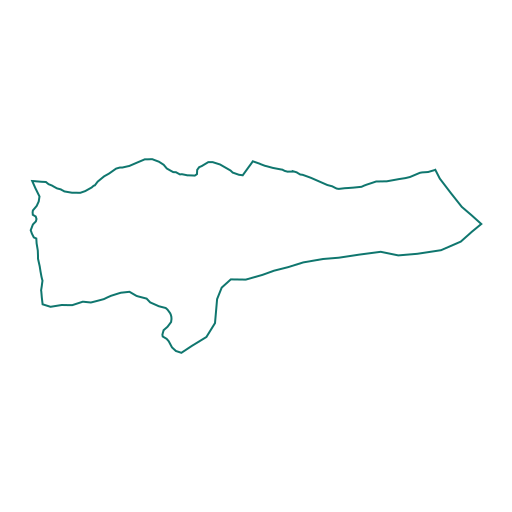 Mont Illi, Mayo-Kebbi Est, Chad (orthographic projection)
{"feature_id": "50815135B57632005694692", "entity_name": "Mont Illi", "entity_type": "district", "adm_level": 2, "iso_a3": "TCD", "parent_name": "Chad", "parent_adm1": "Mayo-Kebbi Est", "projection": "orthographic", "projection_center": [15.079, 9.78], "detail": "fine", "context": "isolated", "style": "outline", "palette": "teal", "viewbox_px": 512, "rotation_deg": 0, "n_neighbors": 0, "source": "geoboundaries", "source_scale": "gbopen_adm2", "svg_char_len": 3194}
<svg xmlns="http://www.w3.org/2000/svg" viewBox="0 0 512 512"><path d="M435.3,169.8L434.9,170.0L428.5,171.9L428.2,172.0L426.9,172.1L422.2,172.4L419.9,172.8L410.0,177.0L405.4,178.1L398.9,179.1L396.2,179.6L386.8,181.3L376.1,181.5L372.0,182.9L366.8,184.6L364.1,185.6L363.5,185.9L361.5,186.8L353.6,187.6L348.4,188.0L344.8,188.2L340.6,188.7L338.7,188.9L336.9,188.6L336.5,188.5L335.5,188.0L334.7,187.6L332.2,186.3L327.3,185.0L311.1,177.9L308.7,177.0L302.6,174.8L300.2,174.5L297.2,172.7L296.8,172.4L296.6,172.3L292.8,171.2L292.8,171.6L288.6,171.6L287.7,171.7L284.7,170.9L282.6,169.8L282.5,169.7L280.7,169.4L272.8,167.9L266.6,166.2L264.9,165.8L260.7,164.2L259.4,163.6L252.8,161.3L252.0,162.5L250.0,165.3L249.9,165.4L242.7,175.3L240.9,175.0L239.0,174.8L232.8,172.6L232.7,172.6L232.3,172.2L230.5,170.5L229.8,170.1L220.6,164.8L220.1,164.5L219.8,164.4L215.7,163.1L213.8,162.5L212.6,162.1L210.7,162.1L208.3,162.1L208.0,162.3L202.5,165.6L202.3,165.8L202.0,165.9L201.0,166.4L199.1,167.2L198.7,167.9L198.2,168.4L198.1,168.6L197.2,169.9L197.0,173.3L197.0,174.0L196.9,174.2L194.8,175.6L190.8,175.4L190.0,175.4L188.5,175.3L187.1,175.3L186.9,175.2L181.9,174.2L179.9,174.4L177.0,172.8L175.9,172.2L174.9,172.2L173.2,172.1L170.3,170.5L166.8,168.5L165.2,166.6L163.7,164.8L161.1,163.1L158.9,161.7L154.9,160.2L153.8,159.8L153.6,159.7L152.3,159.2L151.7,159.2L151.0,159.2L148.5,159.3L144.8,159.3L143.7,159.8L137.3,162.5L129.2,166.0L127.7,166.3L122.5,167.5L121.0,167.5L120.0,167.5L116.1,168.6L109.0,173.6L104.0,176.4L103.5,176.9L103.4,176.9L103.3,177.0L97.7,181.6L94.8,185.4L94.0,185.6L93.6,185.8L92.4,186.8L91.8,187.4L85.2,191.1L80.3,192.8L71.8,192.7L64.3,191.4L64.0,191.2L63.7,191.0L62.4,190.3L61.2,189.7L60.9,189.4L57.0,188.4L53.4,186.4L52.1,185.6L49.4,184.5L48.6,184.2L48.1,183.8L45.9,182.0L44.1,181.9L41.8,181.8L37.0,181.4L33.8,181.1L32.2,181.0L35.4,188.2L39.5,196.5L38.7,201.5L37.7,203.7L36.7,205.9L32.9,210.4L32.6,212.3L32.8,214.8L33.5,215.2L35.7,216.5L36.5,219.0L35.9,221.3L35.6,221.7L33.8,223.5L32.9,224.5L32.0,226.8L31.5,228.2L30.7,230.2L31.9,233.6L33.8,237.4L36.3,238.5L36.6,243.3L37.6,249.4L37.8,250.7L37.9,253.3L38.0,255.8L38.0,258.7L39.7,266.3L40.5,271.4L41.4,276.3L41.9,278.5L42.5,280.7L42.0,284.2L41.8,285.9L41.1,290.3L41.3,291.6L41.5,293.9L41.8,297.4L42.6,304.3L50.2,306.7L50.5,306.8L51.8,306.6L61.7,305.0L67.0,305.1L72.4,305.1L82.8,301.7L84.0,301.8L90.8,302.5L91.7,302.3L98.3,300.6L103.9,299.1L107.4,297.4L111.0,295.8L118.9,293.3L121.0,292.7L122.1,292.6L129.5,291.8L134.1,294.5L136.5,295.9L138.1,296.4L146.6,298.6L148.4,300.5L150.2,302.4L157.2,305.5L158.7,306.2L161.0,306.8L165.7,308.0L167.5,309.6L170.2,313.3L170.9,315.0L171.4,317.0L171.4,317.6L171.5,319.0L171.3,320.4L171.1,322.0L169.1,324.7L167.5,326.8L163.6,330.2L163.6,330.3L163.1,332.0L162.4,334.6L162.7,336.5L163.9,337.2L166.6,338.8L168.7,341.2L172.0,347.4L175.9,351.0L181.4,352.8L192.0,345.8L206.4,337.0L215.0,323.1L217.1,299.1L221.7,287.6L230.8,279.4L245.8,279.6L262.4,274.9L274.0,270.7L287.9,267.2L303.3,262.4L323.0,259.0L338.9,257.7L359.4,254.6L380.7,251.8L398.3,255.4L417.3,253.8L441.0,250.2L460.8,241.6L471.8,231.8L481.3,224.0L471.4,215.1L461.8,206.9L451.1,193.4L439.8,178.6L435.3,169.8Z" fill="none" stroke="#0f766e" stroke-width="2"/></svg>